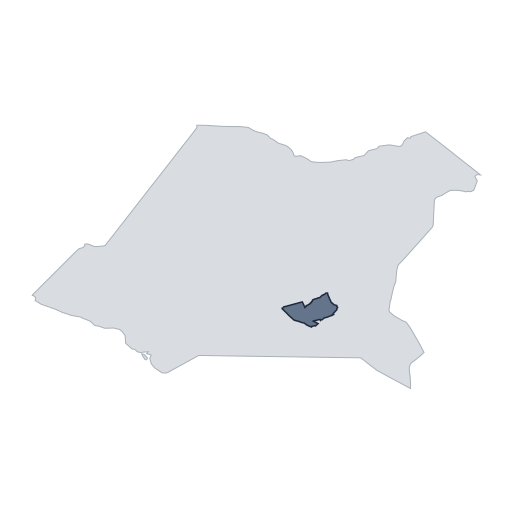 location of Wajir West, North-Eastern, Kenya, rotated 91°
{"feature_id": "3690345B86127058354537", "entity_name": "Wajir West", "entity_type": "district", "adm_level": 2, "iso_a3": "KEN", "parent_name": "Kenya", "parent_adm1": "North-Eastern", "projection": "equal_earth", "projection_center": [39.437, 1.649], "detail": "fine", "context": "in_parent", "style": "filled", "palette": "slate", "viewbox_px": 512, "rotation_deg": 91, "n_neighbors": 0, "source": "geoboundaries", "source_scale": "gbopen_adm2", "svg_char_len": 6813}
<svg xmlns="http://www.w3.org/2000/svg" viewBox="0 0 512 512"><g transform="rotate(91 256 256)"><path d="M126.3,317.4L126.2,309.9L127.0,290.9L126.9,274.2L127.6,265.9L130.6,260.6L132.0,256.7L133.1,251.4L134.7,247.0L138.3,243.4L138.9,241.4L142.8,235.5L145.1,227.8L146.8,225.2L149.0,222.8L150.6,221.5L153.1,220.3L155.1,219.6L155.4,218.9L155.6,217.7L154.9,213.0L155.8,211.4L157.1,208.2L158.7,205.3L160.1,203.4L160.8,201.5L161.2,198.1L161.3,195.8L161.3,191.9L160.8,183.1L159.2,175.8L158.2,167.5L159.0,164.8L157.7,160.0L157.0,159.7L156.0,158.7L154.7,154.1L153.7,150.0L153.0,149.0L148.7,145.3L146.5,136.8L144.1,134.9L142.8,126.4L142.6,124.0L143.9,115.5L143.8,113.5L142.4,111.7L138.3,109.9L135.0,106.4L135.4,105.2L135.6,103.9L133.9,103.1L128.9,88.6L135.4,79.9L142.0,71.1L150.5,59.9L158.3,49.7L165.0,40.8L171.0,33.0L170.8,34.5L170.9,36.5L171.6,37.7L172.8,38.5L174.5,37.6L176.0,36.4L177.5,36.2L186.4,39.4L187.9,42.3L187.8,45.4L188.2,47.6L187.5,49.9L186.8,56.6L187.0,62.9L189.7,67.5L192.1,71.1L194.0,76.2L195.4,77.8L197.3,78.6L203.5,78.8L212.6,79.1L221.4,79.4L222.2,79.5L224.1,80.2L232.1,87.1L239.5,93.4L245.8,98.9L251.9,104.2L257.8,109.3L262.4,113.6L266.9,114.9L274.3,115.5L279.4,115.8L284.1,117.6L291.1,119.2L296.3,120.1L299.4,121.1L308.2,122.1L309.6,121.5L313.5,116.7L317.8,109.0L319.5,104.7L325.1,100.5L334.9,94.6L341.8,90.5L349.5,86.3L353.0,89.9L357.8,95.7L359.9,98.6L361.7,99.9L364.3,100.7L367.5,100.7L369.2,100.6L372.8,99.9L381.1,99.2L385.8,99.2L381.8,106.9L377.1,116.2L368.2,133.2L361.5,142.2L356.4,148.9L356.0,150.1L356.0,157.7L356.1,176.2L356.2,213.1L356.3,250.0L356.4,287.0L356.4,305.4L356.5,311.6L360.9,319.4L365.3,327.0L371.0,337.0L374.1,342.4L374.6,344.2L374.5,347.8L369.7,355.3L365.8,358.7L360.6,360.4L359.1,360.1L357.0,359.0L356.2,360.8L355.6,363.6L354.4,363.0L353.6,362.2L354.1,367.2L354.6,369.6L353.8,373.0L351.3,375.9L351.1,378.3L345.6,384.8L337.8,385.5L333.7,388.7L331.8,391.3L330.5,397.0L330.9,405.8L328.8,412.5L328.4,415.9L324.3,420.3L322.6,424.3L321.2,428.4L320.1,430.2L318.7,439.4L316.9,444.9L316.3,446.8L315.9,448.5L314.4,451.7L313.5,454.0L312.8,455.4L308.1,469.7L304.4,476.1L301.5,475.4L299.5,477.9L299.3,479.0L298.3,478.4L295.9,476.0L290.9,471.2L285.9,466.4L280.9,461.5L275.9,456.7L270.9,451.8L265.9,447.0L260.9,442.2L255.9,437.3L253.0,434.5L251.7,432.8L250.7,429.5L250.2,428.6L248.9,427.6L247.3,427.4L246.9,426.7L246.9,425.1L247.4,422.8L249.2,418.3L249.4,415.7L249.1,412.8L248.5,408.0L248.0,406.9L244.7,404.5L237.8,399.2L230.8,394.0L223.9,388.8L217.0,383.6L210.0,378.4L203.1,373.2L196.2,368.0L189.2,362.8L182.3,357.5L175.3,352.3L168.4,347.1L161.5,341.9L154.5,336.7L147.6,331.5L140.7,326.2L133.7,321.0L131.1,319.1L128.8,317.4L126.3,317.4ZM357.0,368.1L355.8,368.5L356.4,366.0L359.9,362.7L361.4,363.5L361.7,364.2L361.6,364.9L361.0,365.5L357.0,368.1Z" fill="#d9dde1" stroke="#a8b0b8" stroke-width="1"/><path d="M291.8,183.8L291.8,184.0L291.8,184.3L291.8,184.5L291.9,185.1L291.9,185.4L291.9,185.5L292.0,185.6L292.4,186.0L292.5,186.2L292.6,186.3L292.8,186.5L293.0,186.6L293.1,186.8L293.2,187.1L293.3,187.4L293.4,187.6L293.5,187.7L293.5,187.8L293.6,188.0L293.9,188.3L294.0,188.4L294.0,188.5L294.0,188.8L294.0,189.0L294.3,189.3L294.4,189.5L294.5,189.6L294.8,189.8L294.9,190.0L295.0,190.1L295.3,190.4L295.5,190.5L295.8,190.7L295.9,190.8L296.0,190.9L296.1,191.1L296.3,191.3L296.3,191.5L296.5,192.0L296.7,192.3L296.7,192.5L296.7,192.8L296.7,193.0L296.8,193.1L296.9,193.4L297.0,193.6L297.1,193.8L297.3,194.0L297.4,194.3L297.4,194.6L297.5,194.7L297.7,195.1L297.8,195.4L297.8,195.6L297.8,195.8L297.9,196.1L297.9,196.3L298.0,196.6L298.2,197.0L298.3,197.3L298.4,197.6L298.5,197.7L298.6,197.9L298.6,198.0L298.7,198.3L299.0,198.6L299.3,198.6L299.5,198.7L299.5,198.8L299.9,198.9L300.0,199.0L300.4,199.3L300.5,199.4L300.6,199.5L300.8,199.5L300.9,199.4L301.0,199.5L301.3,199.8L301.3,200.0L301.5,200.1L301.7,200.3L301.8,200.4L302.0,200.4L302.1,200.7L302.1,200.8L302.3,200.8L302.3,200.7L302.4,200.8L302.5,201.0L302.8,201.2L302.9,201.3L303.0,201.4L303.0,201.6L303.3,201.8L303.3,202.1L303.5,202.2L303.5,202.3L303.6,202.5L303.8,202.8L304.0,203.1L304.1,203.4L304.1,203.5L304.3,203.9L304.5,204.0L304.7,204.4L304.7,204.5L304.8,204.5L305.0,204.9L305.0,205.0L305.3,205.2L305.5,205.1L305.7,205.3L305.8,205.4L305.9,205.6L306.1,205.8L306.3,206.0L306.6,206.2L306.2,206.4L304.2,207.3L304.0,207.5L303.9,207.5L303.3,207.8L302.6,208.2L302.0,208.4L301.1,208.9L301.1,209.0L302.4,213.5L302.5,213.7L303.2,216.3L303.3,216.5L303.6,217.7L304.0,219.0L304.4,220.4L305.6,224.4L306.2,226.8L306.3,227.0L306.5,227.4L306.5,227.6L306.9,227.8L307.0,227.9L307.5,228.2L307.6,228.4L307.8,228.6L307.9,228.9L307.9,229.0L308.0,229.0L308.2,228.9L308.5,228.7L308.9,228.3L309.3,227.8L310.4,226.7L311.3,225.7L313.5,223.4L313.9,223.1L315.2,221.7L316.8,219.9L317.0,219.7L318.0,218.5L319.0,217.4L319.2,217.2L319.4,216.7L319.5,216.6L319.5,216.4L319.8,215.6L319.8,215.4L320.0,214.9L320.2,213.9L320.4,213.2L320.5,212.8L320.5,212.7L320.6,212.3L320.9,211.5L321.1,211.1L321.2,210.6L321.3,210.2L321.8,208.9L321.8,208.7L321.9,208.1L322.0,207.8L322.1,207.2L322.1,206.9L322.3,206.5L322.4,206.4L322.5,206.2L322.8,205.9L323.4,205.0L323.5,204.9L323.6,204.7L323.9,204.3L323.9,204.2L324.0,204.2L324.3,203.6L324.5,203.3L324.5,203.2L324.6,202.9L324.8,202.5L325.0,202.1L325.1,201.8L325.1,201.7L325.5,201.0L325.5,200.9L325.6,200.7L325.9,199.5L326.0,199.3L325.8,199.3L325.5,199.3L325.4,199.2L325.2,198.2L325.0,197.4L324.9,196.9L324.8,196.5L324.7,196.3L324.7,196.1L324.7,195.8L324.8,195.7L324.9,195.3L322.5,192.7L320.6,196.7L320.1,197.7L319.9,197.5L319.9,197.4L319.9,197.2L319.8,196.9L319.8,196.6L319.8,196.4L319.7,196.3L319.6,196.2L319.5,195.6L319.4,195.5L319.4,195.4L319.4,195.2L319.4,194.9L319.4,194.7L319.3,194.3L319.2,194.1L319.2,193.9L319.1,193.7L318.9,193.6L318.9,193.4L318.8,193.2L318.7,193.0L318.6,192.8L318.6,192.7L318.6,192.4L318.6,192.2L318.5,191.9L318.6,191.6L318.6,191.4L318.3,190.9L319.1,190.5L318.9,190.4L318.8,190.2L318.7,189.5L318.7,189.3L318.7,189.0L318.6,188.9L318.5,188.7L318.3,188.6L318.1,188.4L318.0,188.2L317.9,188.0L317.7,187.7L317.0,187.1L316.8,186.8L316.6,186.4L316.5,186.2L316.5,185.9L316.5,185.7L316.4,185.6L316.3,185.2L316.1,184.4L316.0,183.9L315.8,183.3L315.6,182.8L315.5,182.6L315.4,182.4L315.1,181.9L315.0,181.7L314.6,180.6L314.6,180.4L314.5,180.1L314.4,179.8L314.1,179.1L313.7,178.4L313.4,177.8L313.2,178.4L312.5,177.7L312.3,177.7L312.2,177.7L311.2,176.8L309.7,175.5L308.3,174.2L308.1,174.2L307.8,174.2L307.7,174.2L307.3,174.2L307.2,174.2L306.6,174.0L306.2,173.5L305.9,173.7L305.8,173.8L305.6,173.8L305.3,173.9L305.1,174.1L304.7,174.5L304.4,174.7L304.3,174.8L304.1,174.8L304.0,174.7L303.4,177.1L301.7,178.9L301.5,179.6L301.1,179.9L300.4,180.3L300.1,180.4L299.9,180.5L299.3,180.7L299.2,180.8L298.7,181.0L298.1,181.4L297.7,181.6L297.2,181.8L296.4,182.1L295.2,182.7L293.8,183.4L291.8,183.8Z" fill="#64748b" stroke="#1e293b" stroke-width="1.5"/></g></svg>